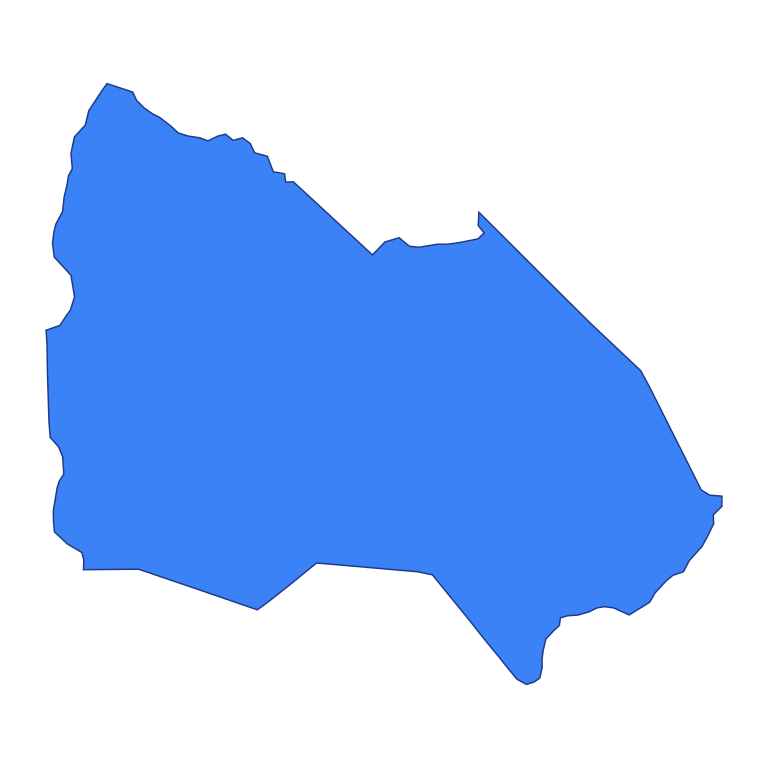 Palmeira dos Índios, Alagoas, Brazil (Mercator projection)
{"feature_id": "56859067B22177061917050", "entity_name": "Palmeira dos Índios", "entity_type": "district", "adm_level": 2, "iso_a3": "BRA", "parent_name": "Brazil", "parent_adm1": "Alagoas", "projection": "mercator", "projection_center": [-36.61, -9.412], "detail": "fine", "context": "isolated", "style": "filled", "palette": "blue", "viewbox_px": 768, "rotation_deg": 0, "n_neighbors": 0, "source": "geoboundaries", "source_scale": "gbopen_adm2", "svg_char_len": 1662}
<svg xmlns="http://www.w3.org/2000/svg" viewBox="0 0 768 768"><path d="M107.0,83.6L101.8,90.9L88.8,110.7L85.3,125.1L74.5,136.8L72.8,144.6L71.0,153.5L72.3,168.7L68.5,175.8L67.0,184.9L64.1,197.3L62.6,211.5L56.0,223.8L54.0,231.5L52.5,243.2L54.3,257.2L61.0,264.3L71.0,275.4L73.2,288.6L74.5,296.9L70.5,309.9L66.1,316.0L60.0,325.4L46.1,330.2L47.0,344.1L47.5,374.7L49.0,421.9L50.2,437.4L58.7,447.0L62.7,456.9L63.8,474.1L59.2,481.2L57.1,488.0L53.3,510.9L53.6,522.8L54.5,531.9L67.3,543.9L81.8,552.5L83.8,559.8L83.5,569.7L138.6,569.2L204.1,591.5L257.3,609.8L263.9,605.1L271.1,599.6L290.9,583.9L316.5,563.0L417.1,571.7L432.4,574.8L469.9,620.9L479.9,633.6L487.6,643.2L493.1,649.9L497.9,655.6L503.4,662.6L508.4,668.9L517.1,679.3L526.4,684.4L533.9,682.1L539.8,678.0L542.1,667.8L542.1,658.4L543.2,650.3L545.9,638.9L553.9,630.5L559.4,625.4L560.4,617.8L567.6,615.8L578.1,615.0L589.1,611.8L597.2,607.8L604.7,606.7L613.7,607.9L620.4,611.0L629.1,614.9L640.1,608.2L649.7,602.2L654.9,593.1L666.2,580.8L672.9,575.3L683.5,571.7L689.3,560.6L701.9,546.6L707.4,536.7L713.7,523.6L713.2,514.9L721.9,506.3L721.9,496.2L709.4,495.1L701.2,489.9L649.4,386.7L640.7,370.7L590.7,323.5L545.9,279.1L531.6,264.8L478.9,212.3L478.2,225.5L484.1,233.0L477.9,238.9L459.9,242.5L448.1,244.2L437.4,244.2L419.1,247.3L409.3,246.2L399.1,237.7L384.9,242.0L378.7,248.5L372.4,254.9L325.1,211.1L293.3,181.8L285.6,182.2L284.6,173.8L273.3,171.8L267.4,156.3L254.6,152.8L250.3,143.6L242.5,137.8L233.1,140.4L225.6,134.2L217.8,136.1L207.9,140.9L199.8,137.8L188.3,136.1L178.3,133.0L171.1,126.3L160.1,117.8L152.0,113.5L144.1,107.9L136.6,100.5L132.8,92.1L107.0,83.6Z" fill="#3b82f6" stroke="#1e3a8a" stroke-width="1.5"/></svg>